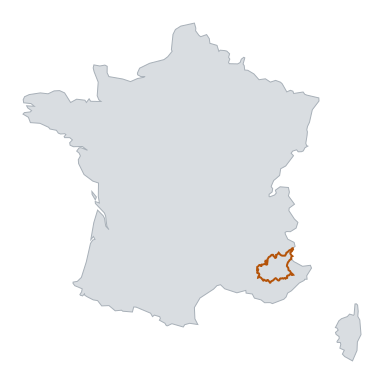 Alpes-de-Haute-Provence highlighted on a map of France
{"feature_id": "FRA-5265", "entity_name": "Alpes-de-Haute-Provence", "entity_type": "Metropolitan department", "adm_level": 1, "iso_a3": "FRA", "parent_name": "France", "parent_adm1": "", "projection": "orthographic", "projection_center": [6.23, 44.166], "detail": "fine", "context": "in_parent", "style": "outline", "palette": "amber", "viewbox_px": 384, "rotation_deg": 0, "n_neighbors": 0, "source": "natural_earth", "source_scale": "10m", "svg_char_len": 5912}
<svg xmlns="http://www.w3.org/2000/svg" viewBox="0 0 384 384"><path d="M307.8,146.1L305.0,147.7L303.3,150.9L301.5,151.7L298.2,151.8L296.6,149.8L292.7,151.1L291.1,153.2L293.5,155.7L285.7,166.0L280.7,168.7L279.6,175.5L273.7,180.5L271.4,185.8L271.2,186.8L272.7,188.6L272.1,192.0L269.1,194.3L269.1,196.5L269.9,196.8L274.6,195.0L276.3,193.0L275.4,190.2L280.1,186.8L288.4,187.5L289.4,192.1L288.4,195.9L294.5,204.2L289.2,208.1L288.9,210.7L294.4,219.0L297.9,222.4L296.1,228.1L290.3,231.7L286.7,231.5L285.1,232.4L285.3,234.1L287.8,239.2L294.1,242.4L295.1,246.3L293.4,247.7L290.5,253.5L291.8,256.3L291.3,257.6L292.0,259.6L293.7,261.5L302.5,266.3L310.4,265.3L311.5,268.1L306.7,275.8L307.1,279.2L304.6,279.3L304.2,280.4L299.3,283.0L291.4,290.8L287.6,293.1L286.1,297.0L283.9,299.2L272.4,303.6L270.2,302.6L264.6,302.7L261.1,299.9L254.4,298.1L252.3,294.0L246.1,293.1L245.8,290.4L236.9,292.8L224.7,288.8L220.5,284.7L216.9,285.7L213.6,289.1L200.0,298.0L194.4,307.5L194.9,318.8L197.8,324.5L189.6,323.3L184.7,324.7L183.3,327.0L171.9,323.7L167.5,325.8L166.3,325.6L164.9,323.2L159.4,320.2L160.4,318.4L159.7,316.7L154.4,315.1L152.5,316.6L150.6,313.2L136.1,307.1L133.7,307.0L132.4,312.0L122.8,311.2L121.5,310.2L115.2,310.8L109.0,305.6L101.7,305.9L97.6,300.6L93.3,299.9L87.4,296.9L84.8,295.3L84.5,293.8L82.6,295.9L80.3,295.2L79.9,294.5L81.6,291.9L82.2,288.8L74.8,285.7L73.0,283.3L73.1,282.1L77.3,281.4L81.4,277.4L86.3,261.9L90.5,243.4L92.7,240.1L95.0,239.3L93.4,236.5L90.8,239.7L93.8,222.7L97.6,210.1L103.3,215.9L104.5,218.3L105.7,226.1L108.9,229.6L106.9,226.3L105.6,215.9L104.4,212.9L95.4,203.5L95.2,201.5L99.4,203.0L98.3,196.4L98.5,183.0L92.8,181.1L84.0,174.5L78.6,163.6L78.3,159.7L80.4,155.9L79.2,153.2L76.7,151.1L79.1,147.9L81.0,147.7L87.5,150.3L82.4,146.5L73.4,146.7L70.1,145.2L69.7,142.7L72.4,139.9L69.7,137.6L64.7,137.6L64.1,136.7L65.9,134.6L64.7,133.7L60.5,134.0L58.3,133.1L56.4,130.3L49.9,129.0L48.6,127.3L39.9,123.3L30.4,122.6L28.4,117.3L23.0,114.1L24.4,112.6L30.3,111.9L31.6,110.6L27.8,108.0L26.6,105.8L34.3,106.3L31.1,103.6L23.7,102.8L23.2,99.7L24.6,96.7L29.2,94.6L40.3,92.9L48.1,93.8L54.1,90.9L59.6,90.6L64.6,92.9L70.6,102.5L76.6,99.2L84.9,100.2L86.4,102.5L89.1,98.8L90.7,101.3L101.0,101.5L98.8,99.7L97.2,95.8L98.2,82.1L94.1,71.7L93.2,67.9L93.9,64.9L99.8,66.0L104.9,65.1L107.2,66.3L107.1,72.7L108.9,76.6L122.7,79.0L130.5,81.6L137.6,78.5L144.0,77.3L144.6,76.5L140.9,76.6L137.7,74.8L137.4,73.1L139.6,68.2L149.6,63.3L164.0,59.6L167.8,56.7L172.2,51.2L171.4,49.8L173.0,34.4L175.4,29.5L180.8,26.1L194.4,23.1L195.8,28.1L195.6,30.8L198.9,35.3L200.7,36.7L206.6,34.6L209.3,38.7L209.9,43.3L217.0,45.4L218.9,51.4L220.2,50.2L224.7,50.6L226.8,51.1L229.6,53.8L228.6,57.3L229.8,59.1L228.5,62.3L229.3,63.7L237.6,63.9L240.1,62.5L241.3,59.2L243.8,57.3L244.8,57.9L243.1,64.0L244.2,65.6L244.7,70.0L247.8,70.3L253.9,73.9L259.0,79.7L265.4,78.8L270.4,82.1L275.6,80.4L280.5,82.2L282.2,83.8L286.8,91.9L290.3,90.3L292.9,91.2L293.7,93.5L303.1,92.0L304.8,94.3L306.8,95.1L318.8,97.9L319.0,101.0L312.3,109.8L309.5,122.2L307.5,126.5L306.8,129.7L307.4,131.9L307.1,135.2L305.8,143.3L306.6,145.6L307.8,146.1ZM358.2,311.2L357.8,316.4L359.8,320.0L361.0,334.6L357.4,341.9L357.0,350.5L352.5,360.9L344.7,356.6L342.4,354.1L344.3,350.2L339.9,348.2L340.8,344.4L340.3,342.5L337.2,342.4L337.0,341.4L339.2,338.4L339.1,336.6L336.1,334.4L335.5,332.4L338.2,330.1L336.9,328.0L335.4,327.6L338.9,320.8L341.5,318.7L347.3,316.6L349.6,314.1L353.5,315.3L354.1,314.6L355.0,304.0L356.3,303.8L357.6,305.1L358.2,311.2ZM96.4,197.0L95.3,199.9L92.1,194.4L91.9,191.5L96.4,197.0Z" fill="#d9dde1" stroke="#a8b0b8" stroke-width="1"/><path d="M292.8,248.3L292.7,248.7L293.0,249.5L292.7,249.7L291.9,251.2L290.6,252.2L290.3,252.7L290.4,253.8L291.0,254.7L291.7,255.5L292.4,256.1L291.6,256.5L291.4,256.8L291.2,257.9L291.1,258.1L291.1,258.3L291.2,258.6L291.3,258.8L291.0,259.3L290.0,259.8L289.5,260.2L288.8,261.4L288.1,262.1L287.8,262.7L287.1,264.7L286.9,266.0L287.5,266.9L288.2,267.8L288.4,268.7L288.5,270.0L289.2,270.6L290.0,271.0L291.0,272.8L292.5,274.0L293.2,274.8L292.3,275.0L291.9,275.0L290.7,274.3L290.3,274.2L289.8,274.3L289.6,274.5L289.0,275.3L288.6,275.5L287.5,275.6L287.3,275.8L287.1,276.0L287.0,276.3L286.9,276.7L287.0,277.0L287.2,277.6L287.2,277.9L287.1,278.0L286.3,278.2L285.8,278.4L285.5,278.6L285.0,278.0L284.5,278.1L283.9,278.4L283.3,278.6L283.2,278.5L282.9,278.3L282.7,278.2L281.9,278.4L281.5,278.5L280.7,278.4L280.3,278.5L279.8,279.0L279.6,279.7L279.2,280.3L278.4,280.5L277.7,280.1L276.2,278.5L275.7,278.2L274.9,278.6L273.1,280.4L271.4,281.2L270.8,281.8L270.4,282.6L270.2,282.7L269.8,282.6L269.3,281.5L268.9,281.2L268.5,280.9L268.1,280.2L267.8,280.0L267.3,280.0L267.1,280.3L266.9,280.6L266.6,280.9L265.9,280.8L264.0,279.7L263.5,280.5L263.3,280.6L261.1,277.8L259.7,277.0L258.1,277.6L258.2,276.9L259.2,275.1L259.3,274.6L259.2,274.0L258.9,273.5L258.6,273.2L257.8,273.2L257.5,273.1L257.2,272.7L257.2,272.3L258.0,270.5L258.1,270.0L258.2,269.5L258.0,269.1L257.5,268.9L257.2,268.9L257.1,269.0L257.2,267.0L258.0,266.5L258.7,265.8L259.0,265.3L259.4,265.0L259.7,265.0L260.3,265.1L260.5,265.3L260.7,265.5L260.8,265.9L261.0,266.0L261.4,266.0L261.5,265.8L261.4,265.0L261.6,264.6L262.2,264.7L264.7,264.0L265.2,264.1L266.3,264.6L266.8,264.6L267.1,264.3L266.9,263.9L265.9,262.6L265.3,262.1L265.2,261.7L265.5,260.8L266.2,261.0L267.4,262.0L267.5,261.2L267.6,260.6L267.5,260.4L267.3,260.3L267.2,260.0L267.3,259.6L267.5,259.3L267.8,259.0L268.0,258.7L268.5,257.5L268.8,257.2L269.1,256.9L270.0,256.5L270.4,256.2L271.4,255.0L271.9,254.8L272.0,254.8L272.3,254.8L272.5,254.9L272.8,254.9L273.0,254.9L273.1,255.2L273.5,255.9L273.6,256.2L274.2,256.4L275.0,257.8L275.5,257.9L276.1,257.4L276.3,256.6L276.2,255.8L276.0,255.0L277.0,254.7L277.7,254.1L278.7,252.7L280.3,254.7L281.2,255.3L282.3,255.7L284.8,255.7L285.3,255.5L285.6,254.5L286.2,253.8L286.3,253.4L286.4,252.7L286.6,252.5L287.3,252.4L289.2,250.4L291.3,249.4L292.0,248.5L292.4,248.2L292.8,248.3Z" fill="none" stroke="#b45309" stroke-width="2"/></svg>